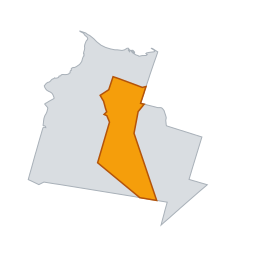 where Adrar sits in Mauritania, rotated 107°
{"feature_id": "MRT-2795", "entity_name": "Adrar", "entity_type": "Region", "adm_level": 1, "iso_a3": "MRT", "parent_name": "Mauritania", "parent_adm1": "", "projection": "albers", "projection_center": [-10.597, 21.416], "detail": "fine", "context": "in_parent", "style": "filled", "palette": "amber", "viewbox_px": 256, "rotation_deg": 107, "n_neighbors": 0, "source": "natural_earth", "source_scale": "10m", "svg_char_len": 3759}
<svg xmlns="http://www.w3.org/2000/svg" viewBox="0 0 256 256"><g transform="rotate(107 128 128)"><path d="M109.7,219.4L109.4,219.3L107.9,218.2L107.2,216.9L106.0,216.0L104.3,215.3L103.3,214.6L102.8,213.8L102.2,213.2L101.5,212.9L101.5,212.7L101.6,212.3L101.5,211.5L100.5,209.8L99.7,209.1L98.9,209.2L98.4,209.0L98.2,208.6L98.1,208.1L97.6,207.6L96.7,207.4L95.9,206.1L95.4,203.9L94.7,202.1L93.9,200.8L93.2,200.3L92.8,200.3L92.6,200.1L92.5,199.7L91.8,199.5L90.8,199.9L90.0,199.8L89.6,199.1L89.0,199.1L88.2,199.6L87.4,199.4L86.5,198.6L86.0,197.8L85.9,197.0L84.4,195.3L81.4,192.9L78.1,191.7L74.5,191.8L72.5,191.6L72.1,191.2L71.6,191.2L71.2,191.7L70.7,191.7L70.2,191.5L69.9,191.7L69.8,192.3L68.5,192.5L66.1,192.5L64.1,192.8L62.6,193.5L60.5,193.7L57.8,193.5L56.2,193.2L55.7,192.7L54.9,192.6L53.9,192.8L52.9,194.0L52.1,196.0L51.4,197.2L50.8,197.5L50.2,199.1L49.8,201.7L49.3,202.8L49.5,196.2L50.4,193.8L50.7,191.7L52.6,186.9L54.7,183.1L56.7,178.0L57.5,173.0L57.5,168.0L57.1,163.6L56.3,160.7L55.6,156.4L54.3,154.2L52.0,152.2L51.6,151.0L52.1,150.6L53.6,150.4L54.5,148.9L52.6,149.4L55.0,144.9L55.8,141.7L55.8,139.7L56.2,138.4L54.6,135.6L53.4,132.0L52.8,131.4L52.1,131.1L52.0,131.9L51.6,132.7L50.8,132.2L49.4,129.6L47.5,125.4L46.8,124.9L46.2,125.5L45.8,126.0L45.0,129.4L44.8,128.0L45.2,126.5L45.8,124.5L46.5,121.8L48.2,121.8L51.4,121.9L57.7,122.2L60.8,122.3L67.1,122.5L70.3,122.6L76.6,122.7L79.7,122.8L86.0,122.9L89.1,123.0L95.4,123.1L98.6,123.2L100.7,123.2L100.6,121.2L100.5,119.7L100.4,117.6L100.3,115.5L100.2,113.4L100.1,111.5L100.0,109.5L99.9,107.7L99.9,106.0L99.7,105.1L99.1,103.2L98.9,102.2L99.1,101.2L99.6,100.3L100.8,98.6L102.7,97.3L104.8,95.8L106.5,94.7L107.3,94.4L109.8,94.1L111.8,93.2L113.8,92.4L114.6,91.9L114.7,90.3L115.0,54.7L124.4,54.7L126.9,54.7L144.2,54.7L146.7,54.7L159.3,54.6L159.3,52.9L159.3,50.5L159.2,47.2L159.2,43.9L159.1,38.1L159.1,35.6L161.6,37.2L166.6,40.4L169.1,42.0L174.1,45.1L179.2,48.3L184.2,51.4L186.8,53.0L189.3,54.6L191.9,56.1L194.4,57.7L199.5,60.8L201.7,62.1L205.0,64.2L208.0,66.1L211.2,68.0L206.5,68.2L200.2,68.4L195.9,68.6L191.6,68.7L187.5,68.8L187.9,72.1L188.4,75.8L188.8,79.4L189.3,83.1L189.8,86.8L191.3,97.7L191.7,101.4L192.2,105.0L192.7,108.7L193.2,112.3L194.2,119.7L194.7,123.3L195.2,127.0L195.7,130.6L196.2,134.3L196.7,137.9L197.7,145.3L198.2,148.9L198.7,152.6L199.2,156.2L199.7,159.9L200.2,163.5L200.7,167.2L201.2,170.8L202.2,178.1L202.8,181.8L203.3,185.4L203.8,189.1L204.3,192.6L206.0,194.4L208.2,196.7L207.7,200.0L207.1,203.9L206.5,208.3L200.5,208.5L194.7,208.6L180.2,209.0L177.2,209.0L162.7,209.3L159.8,209.3L154.2,209.4L152.5,209.3L151.9,208.9L151.7,206.7L151.2,206.9L150.6,207.5L150.3,208.2L150.4,209.2L150.3,210.0L148.4,210.3L145.9,210.8L143.2,211.2L140.6,211.1L139.6,210.9L138.7,210.6L136.5,210.3L135.4,210.3L134.0,210.4L132.5,210.5L131.9,210.9L130.8,212.6L129.6,214.5L128.8,214.5L128.0,213.5L125.7,211.5L122.9,208.8L121.6,207.5L121.0,207.4L119.6,208.3L118.5,209.2L117.3,210.4L116.7,211.6L116.3,213.1L116.1,214.8L115.6,216.7L114.6,218.3L113.4,219.5L112.6,220.1L112.2,220.4L109.7,219.4ZM53.7,146.0L52.8,147.4L52.4,146.8L52.3,145.9L53.1,144.6L53.5,143.9L54.2,143.7L53.7,146.0Z" fill="#d9dde1" stroke="#a8b0b8" stroke-width="1"/><path d="M83.1,122.9L86.9,123.0L90.8,123.0L94.0,123.1L96.5,123.1L98.1,123.2L98.7,123.2L100.7,123.2L100.6,120.8L100.5,119.5L100.9,119.7L109.4,123.1L131.3,120.7L188.9,79.4L189.0,80.3L189.3,82.3L189.6,84.3L189.7,85.3L189.9,87.0L190.2,88.8L190.4,90.6L190.6,92.3L190.9,94.1L191.1,95.9L191.2,96.3L191.1,96.5L170.3,146.5L170.1,146.9L128.1,147.4L127.8,147.4L122.7,151.6L122.4,151.8L122.1,154.3L122.0,154.9L118.8,153.1L115.9,155.2L109.5,159.2L107.9,161.0L104.9,164.2L97.0,157.6L83.3,157.3L83.4,153.2L83.5,151.0L85.0,126.1L84.7,125.7L83.1,122.9Z" fill="#f59e0b" stroke="#b45309" stroke-width="1.5"/></g></svg>